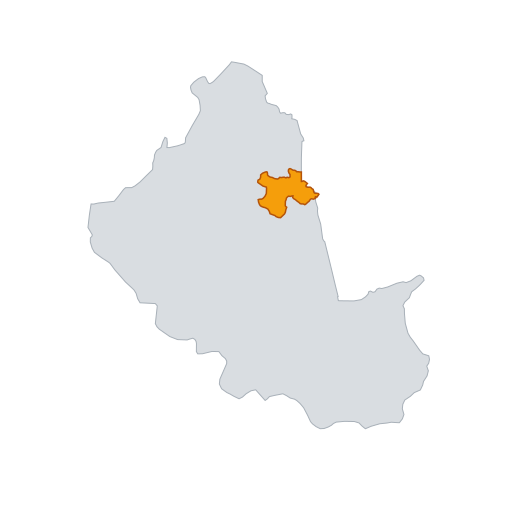 Boulgou on a map of Burkina Faso (Robinson projection), rotated 257°
{"feature_id": "BFA-2826", "entity_name": "Boulgou", "entity_type": "Province", "adm_level": 1, "iso_a3": "BFA", "parent_name": "Burkina Faso", "parent_adm1": "", "projection": "robinson", "projection_center": [-0.398, 11.449], "detail": "fine", "context": "in_parent", "style": "filled", "palette": "amber", "viewbox_px": 512, "rotation_deg": 257, "n_neighbors": 0, "source": "natural_earth", "source_scale": "10m", "svg_char_len": 5068}
<svg xmlns="http://www.w3.org/2000/svg" viewBox="0 0 512 512"><g transform="rotate(257 256 256)"><path d="M377.5,326.5L364.9,327.0L360.3,328.6L357.5,328.6L357.4,327.3L357.1,326.5L341.1,322.2L329.9,319.6L318.5,316.7L317.9,319.4L316.2,321.2L313.8,321.3L312.1,320.9L310.9,322.9L309.1,325.7L306.4,327.0L303.8,328.7L302.4,330.2L301.3,330.2L298.7,326.7L295.3,326.4L288.8,326.9L285.9,326.0L282.0,325.5L272.6,326.2L257.6,324.8L255.2,325.6L254.5,326.2L239.7,326.4L223.4,326.6L209.8,326.7L197.9,326.9L197.9,326.3L194.0,326.2L193.6,327.3L190.2,341.3L189.8,348.9L191.6,353.6L193.6,356.6L195.9,357.9L196.1,359.6L194.3,361.8L194.4,364.0L196.5,366.3L197.0,368.8L196.0,371.3L196.2,377.4L197.8,387.2L197.8,393.5L196.3,396.3L197.0,401.3L200.0,408.2L200.5,411.1L199.4,412.5L197.0,414.3L194.5,414.3L191.6,410.1L190.4,408.2L188.0,403.9L186.1,399.6L183.4,397.7L180.8,396.0L177.6,390.5L174.5,388.0L171.2,388.7L166.5,387.7L156.9,386.3L146.6,386.7L142.3,388.0L138.0,390.0L127.3,394.3L123.1,396.5L119.9,401.9L116.2,401.8L112.6,400.1L110.3,397.6L105.4,398.1L100.7,395.7L96.1,391.0L92.8,389.4L88.5,386.0L87.3,379.5L84.6,374.9L82.2,368.6L78.5,365.7L74.2,364.2L68.3,364.5L64.4,362.0L61.3,358.2L62.2,355.0L63.6,350.4L63.8,346.0L64.7,338.9L64.2,329.9L63.1,323.7L66.4,321.1L70.2,318.8L72.6,314.6L75.0,305.0L76.1,296.8L75.4,293.8L74.1,291.4L73.1,287.8L72.6,283.5L73.3,279.7L76.2,276.2L79.7,273.3L82.3,271.9L89.0,270.5L97.4,268.3L102.3,265.8L105.9,263.3L107.8,261.4L109.9,257.4L113.1,254.3L115.7,251.2L116.0,242.5L116.0,237.5L114.2,234.8L113.2,232.4L125.7,225.6L125.8,220.8L124.0,215.4L121.6,211.1L120.7,207.4L124.2,203.0L127.3,199.7L129.5,196.9L134.4,192.6L139.5,191.5L144.1,193.1L157.7,203.2L160.1,203.8L162.9,203.1L166.5,200.4L171.2,198.3L172.9,191.6L172.8,181.7L173.8,177.2L176.3,176.4L184.1,178.3L186.2,178.4L188.4,177.7L190.1,176.0L190.0,172.8L189.7,170.0L192.2,160.8L196.9,153.9L206.4,145.3L209.3,143.6L212.7,142.7L229.6,148.6L232.3,147.2L236.5,132.5L241.0,131.1L246.5,130.8L250.1,129.6L251.9,128.5L260.0,123.0L274.1,115.4L281.7,112.1L283.2,110.9L288.7,105.5L295.9,99.4L300.5,98.1L306.9,97.7L310.9,98.7L312.0,100.4L313.3,101.3L321.6,98.7L333.5,102.9L343.8,107.0L343.1,109.6L343.1,114.2L342.2,121.5L341.2,130.2L345.5,135.8L350.6,141.9L351.9,144.3L350.6,150.3L351.5,153.8L354.2,159.6L358.8,167.0L363.5,174.7L366.8,175.7L369.9,176.3L371.8,177.7L374.5,179.0L377.2,179.8L379.6,181.5L381.2,183.1L383.1,187.9L388.4,191.0L392.1,194.0L390.7,195.6L386.0,195.0L381.7,193.6L381.1,195.9L381.0,204.5L381.7,211.7L382.7,212.7L387.0,214.0L397.5,223.3L406.9,232.2L410.1,234.5L415.3,235.4L421.1,235.7L423.6,234.9L429.3,230.5L432.3,230.0L435.0,230.1L436.6,230.8L439.3,234.4L441.8,239.9L442.6,244.0L442.3,246.1L441.5,247.0L436.8,248.0L434.8,248.8L434.3,250.0L435.1,252.7L436.0,254.5L441.1,262.4L448.4,273.1L450.7,275.8L449.4,279.0L445.7,287.4L442.9,290.8L430.6,302.7L424.6,301.3L411.9,303.6L410.0,300.9L407.1,300.6L403.4,301.0L402.1,302.1L401.7,303.2L400.4,304.9L398.0,309.5L396.2,310.7L394.0,311.5L391.2,311.4L389.6,312.0L389.6,314.3L389.1,316.3L387.2,317.3L386.4,319.6L386.6,321.8L385.5,322.8L383.1,322.3L381.7,321.7L380.4,324.5L378.7,326.5L377.5,326.5Z" fill="#d9dde1" stroke="#a8b0b8" stroke-width="1"/><path d="M327.6,319.1L325.1,318.5L318.4,317.0L318.3,317.9L318.5,318.4L318.6,318.9L318.2,319.7L317.6,320.4L315.1,322.4L314.2,321.2L313.3,320.4L312.3,320.4L311.4,321.7L311.2,322.6L311.0,323.8L310.8,324.4L310.2,325.0L308.9,325.7L308.4,326.3L308.2,326.6L307.8,326.7L305.9,326.7L304.9,326.8L304.2,327.1L303.7,328.0L303.4,329.4L302.9,330.6L302.0,331.2L299.7,328.7L299.8,328.3L300.2,327.9L300.4,327.4L300.1,327.0L299.6,327.0L299.3,327.1L299.1,327.1L299.0,326.4L298.7,326.4L298.5,324.6L299.0,323.6L299.3,322.8L299.0,321.7L298.1,320.8L297.3,319.9L296.7,318.5L295.5,316.5L295.0,315.1L295.4,314.7L296.1,313.7L296.5,312.0L297.1,310.8L298.4,310.0L300.2,308.4L302.0,307.1L303.4,305.6L304.8,304.9L306.3,305.5L306.4,304.5L306.3,303.0L307.0,301.0L306.1,299.3L305.6,298.7L303.9,297.9L303.4,297.4L302.5,296.9L298.7,295.9L297.8,296.0L297.7,296.0L296.6,296.9L294.4,295.5L292.1,294.5L290.6,293.3L287.8,288.6L288.5,286.4L289.9,284.4L291.1,283.6L294.0,279.2L296.5,279.0L299.1,278.1L301.0,275.9L301.8,274.3L302.8,272.8L303.9,271.6L305.3,271.0L308.0,270.6L310.0,270.8L310.4,270.8L310.5,271.4L310.5,272.8L310.1,274.2L310.6,275.9L312.1,278.1L314.5,280.1L319.5,281.5L320.8,281.6L322.5,278.6L326.9,274.6L327.5,274.3L327.8,274.4L328.5,274.6L329.5,275.1L330.0,277.0L331.7,278.2L334.0,278.8L335.2,281.0L335.6,283.2L335.7,284.1L335.7,284.6L335.6,285.5L335.0,285.8L334.1,285.8L332.2,285.5L331.3,286.0L329.7,287.6L328.8,289.7L327.9,290.7L327.2,291.6L326.1,294.4L326.5,295.6L327.3,296.8L327.0,297.7L326.7,298.4L326.7,299.3L326.5,301.2L325.9,302.0L325.4,302.8L325.7,303.7L325.6,304.5L325.0,305.4L325.1,306.6L325.7,307.1L326.5,307.2L327.5,307.5L328.3,307.3L329.1,306.9L330.1,306.7L331.4,306.6L332.8,307.1L333.5,308.0L333.5,308.8L333.0,309.6L332.4,310.2L331.7,310.9L331.2,311.6L331.0,312.5L330.6,313.3L330.1,314.0L329.3,314.3L328.8,314.8L328.8,315.6L328.2,317.1L327.7,318.7L327.6,319.1Z" fill="#f59e0b" stroke="#b45309" stroke-width="1.5"/></g></svg>